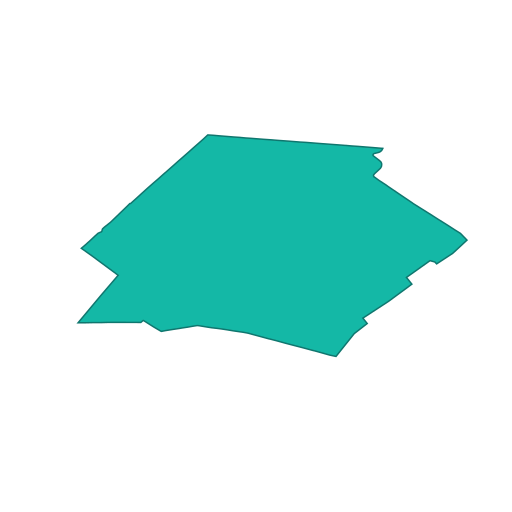 Valcani, Timis, Romania (Natural Earth projection), rotated 147°
{"feature_id": "2599482B41795627389430", "entity_name": "Valcani", "entity_type": "district", "adm_level": 2, "iso_a3": "ROU", "parent_name": "Romania", "parent_adm1": "Timis", "projection": "natural_earth1", "projection_center": [20.407, 46.006], "detail": "fine", "context": "isolated", "style": "filled", "palette": "teal", "viewbox_px": 512, "rotation_deg": 147, "n_neighbors": 0, "source": "geoboundaries", "source_scale": "gbopen_adm2", "svg_char_len": 2235}
<svg xmlns="http://www.w3.org/2000/svg" viewBox="0 0 512 512"><g transform="rotate(147 256 256)"><path d="M441.6,296.9L435.4,292.9L429.1,289.0L422.8,284.9L416.4,281.0L409.4,276.5L399.3,269.9L392.1,265.2L388.8,263.0L385.9,263.4L385.6,263.3L385.2,262.5L384.8,261.7L380.4,252.1L377.9,247.1L376.7,244.7L376.4,244.3L372.7,242.8L365.7,239.7L359.8,237.0L358.1,236.3L354.1,234.5L351.7,233.4L347.2,231.5L343.2,229.7L342.3,229.0L341.8,228.6L336.1,223.4L332.3,220.0L332.0,219.8L331.7,219.5L328.4,216.8L324.9,213.8L320.6,210.0L315.8,205.6L310.8,201.2L308.7,199.4L305.4,196.3L304.5,195.4L301.4,191.9L294.5,184.2L290.4,179.6L289.2,178.4L284.9,173.7L284.1,172.8L278.7,166.7L272.5,159.9L267.0,153.9L261.0,147.2L259.3,145.3L259.1,145.2L254.5,140.0L248.2,132.8L243.6,128.2L235.8,130.8L215.9,137.4L199.5,138.8L200.2,145.7L169.2,145.8L140.6,147.5L141.5,156.1L112.6,157.3L109.3,153.6L108.8,151.0L89.6,151.1L85.4,151.8L70.4,154.4L70.7,156.0L72.2,163.6L75.0,169.6L77.5,175.2L80.1,180.9L83.3,187.7L86.0,193.7L89.1,200.4L92.5,207.7L95.7,214.6L96.0,215.5L97.9,220.0L99.9,224.7L101.8,229.2L103.7,233.7L105.6,238.2L107.5,242.7L108.1,244.4L109.3,247.1L111.7,252.5L113.7,257.8L113.9,257.9L113.8,259.1L113.4,259.8L112.9,260.1L111.4,260.5L103.9,261.8L102.1,262.7L100.9,264.0L100.2,265.3L100.0,267.0L100.4,268.6L102.9,275.7L103.1,276.5L102.7,277.2L102.0,277.6L101.2,277.6L96.5,276.0L94.9,275.8L93.3,276.0L92.4,276.4L91.0,277.2L91.1,277.3L92.5,278.3L98.4,282.9L104.4,287.5L110.5,292.2L116.5,296.7L120.4,299.8L121.0,300.2L125.3,303.5L130.7,307.6L137.4,312.7L142.0,316.2L146.8,319.9L152.0,323.9L156.9,327.5L161.7,331.2L165.6,334.2L170.1,337.6L175.0,341.3L179.9,345.1L185.9,349.6L191.0,353.5L195.8,357.2L200.5,360.7L205.0,364.3L209.8,367.9L216.8,373.3L221.1,376.6L225.8,380.3L230.5,383.8L236.8,382.7L243.5,381.7L250.4,380.7L256.8,379.7L263.0,378.8L268.7,378.0L275.2,377.0L281.9,376.0L289.1,375.0L295.5,374.0L302.1,373.1L309.7,372.0L317.8,370.7L325.0,369.5L332.6,368.3L333.2,368.7L337.6,367.8L353.6,364.7L359.8,363.5L367.3,362.8L369.6,362.4L370.2,362.2L371.7,360.8L372.4,360.5L376.0,361.1L379.9,360.5L387.6,359.1L389.8,358.8L392.0,358.4L398.3,357.6L393.6,345.7L386.8,327.5L382.1,314.9L407.9,307.3L441.6,296.9Z" fill="#14b8a6" stroke="#0f766e" stroke-width="1.5"/></g></svg>